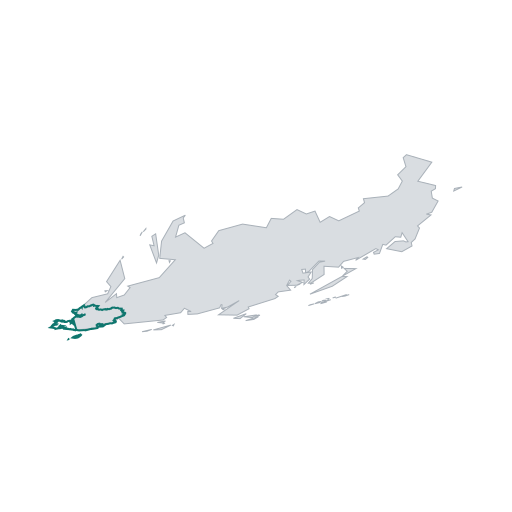 Chukchi Autonomous Okrug on a map of Russia (Natural Earth projection), rotated 166°
{"feature_id": "RUS-2321", "entity_name": "Chukchi Autonomous Okrug", "entity_type": "Autonomous Province", "adm_level": 1, "iso_a3": "RUS", "parent_name": "Russia", "parent_adm1": "", "projection": "natural_earth1", "projection_center": [175.436, 66.707], "detail": "fine", "context": "in_parent", "style": "outline", "palette": "teal", "viewbox_px": 512, "rotation_deg": 166, "n_neighbors": 0, "source": "natural_earth", "source_scale": "10m", "svg_char_len": 9682}
<svg xmlns="http://www.w3.org/2000/svg" viewBox="0 0 512 512"><g transform="rotate(166 256 256)"><path d="M328.0,310.0L314.7,312.7L317.4,310.5L317.5,305.5L323.4,304.5L329.5,293.8L319.3,295.7L304.5,276.1L294.7,278.6L295.5,281.3L286.0,289.6L261.3,290.2L239.1,280.9L232.1,288.8L220.4,285.0L205.0,291.1L197.0,284.6L187.9,285.3L185.6,273.2L175.1,276.5L167.2,270.1L144.9,274.6L145.1,277.9L137.8,281.5L137.9,285.6L113.4,282.2L101.8,286.7L95.9,293.3L98.9,300.5L88.9,306.4L89.4,315.8L85.5,317.9L62.7,304.5L80.9,289.4L64.7,280.9L65.6,277.9L70.3,276.5L70.9,269.5L66.0,265.3L74.9,255.9L80.6,255.4L76.3,253.5L92.0,246.1L90.6,243.6L97.6,234.0L102.1,231.6L102.2,228.0L113.5,224.9L127.5,231.5L117.6,236.4L109.2,235.0L107.2,233.4L105.0,233.1L108.6,243.3L111.0,239.2L116.2,241.0L127.2,235.1L130.2,236.6L135.6,228.6L140.9,229.2L141.1,231.1L135.8,232.4L137.9,234.2L160.4,227.7L157.3,229.8L172.3,229.6L178.6,225.2L192.5,229.6L194.4,221.6L209.4,216.4L211.8,217.0L206.9,220.5L204.4,229.2L195.9,234.6L190.2,234.3L196.2,235.9L208.7,228.1L212.0,227.7L211.2,231.3L214.9,231.9L214.6,228.0L206.3,227.1L210.6,223.1L209.6,220.6L216.4,216.7L215.1,221.1L220.2,222.0L221.8,222.0L217.2,219.2L223.6,217.8L232.5,219.8L228.2,223.0L229.3,224.5L233.4,219.9L230.7,214.5L243.1,215.8L246.4,213.8L244.2,211.5L247.9,210.1L275.9,208.4L275.5,206.5L288.7,203.2L306.6,208.0L283.1,216.8L296.1,213.3L302.0,213.6L300.8,216.6L300.9,217.1L301.7,217.2L303.8,214.5L326.9,214.0L336.2,215.8L335.6,218.7L332.4,217.8L338.1,222.6L342.9,219.2L358.8,220.4L357.6,218.0L361.7,216.4L400.3,222.0L404.4,229.0L410.1,225.6L426.6,228.2L426.6,224.4L448.2,227.7L448.6,239.5L445.1,240.9L441.2,239.4L435.7,240.7L444.4,241.6L446.7,247.9L441.6,246.5L425.3,255.3L409.1,255.2L404.2,261.4L407.2,267.3L388.9,284.7L388.8,265.8L413.6,247.4L400.5,253.2L401.2,249.3L393.3,250.0L385.8,255.8L387.7,257.8L355.1,258.4L335.2,271.9L350.0,277.0L344.0,293.3L328.0,310.0ZM212.9,205.9L177.7,215.3L172.7,214.0L189.3,208.2L212.9,205.9ZM354.2,273.3L356.4,292.5L352.4,290.6L352.3,300.3L348.0,301.8L350.2,280.3L354.2,273.3ZM162.2,219.6L177.0,215.6L171.2,219.1L173.4,222.6L162.2,219.6ZM355.3,209.6L365.6,207.4L373.5,209.1L355.3,209.6ZM274.7,197.2L282.5,200.0L269.5,198.7L274.7,197.2ZM273.5,195.0L281.7,195.8L268.2,196.6L273.5,195.0ZM286.6,199.1L293.0,201.0L279.4,202.4L286.6,199.1ZM374.9,210.0L380.0,209.4L384.9,210.1L374.9,210.0ZM39.3,273.1L48.4,271.2L47.1,273.5L39.3,273.1ZM183.0,196.2L188.9,195.8L177.3,196.7L183.0,196.2ZM363.0,213.7L367.8,215.4L359.6,214.9L363.0,213.7ZM152.8,227.1L148.5,228.4L147.9,227.6L150.7,226.2L152.8,227.1ZM194.0,195.5L199.5,195.1L201.3,195.6L194.0,195.5ZM210.4,195.5L206.8,196.4L203.8,196.1L205.5,195.4L210.4,195.5ZM214.9,195.6L211.0,195.5L217.2,195.2L214.9,195.6ZM175.9,223.4L175.6,225.6L174.1,224.0L175.9,223.4ZM271.9,197.7L268.0,198.2L266.5,197.5L271.9,197.7ZM198.5,194.3L205.0,194.1L201.9,194.7L198.5,194.3ZM448.0,221.9L445.1,221.5L448.0,220.3L448.0,221.9ZM179.2,195.6L182.6,195.9L174.9,196.0L179.2,195.6ZM210.2,215.6L206.3,215.9L210.4,215.5L210.2,215.6ZM300.9,211.8L301.7,213.0L299.3,212.3L300.9,211.8ZM424.2,225.2L421.7,225.7L420.5,225.2L424.2,225.2ZM201.2,196.7L198.8,196.3L203.0,196.6L201.2,196.7ZM203.0,194.8L203.9,195.5L201.0,195.0L203.0,194.8ZM363.6,303.6L362.7,305.0L360.4,307.0L363.6,303.6ZM196.4,196.6L197.5,197.3L195.1,197.2L196.4,196.6ZM223.6,217.6L220.4,218.2L219.9,218.1L223.6,217.6ZM411.0,258.8L408.9,258.4L410.9,257.7L411.0,258.8ZM363.0,212.6L361.6,213.5L361.1,212.8L363.0,212.6ZM341.5,270.7L341.5,272.5L340.3,272.0L341.5,270.7ZM387.2,285.4L385.1,287.8L384.7,287.1L387.2,285.4ZM191.8,196.8L189.1,197.0L188.5,196.8L191.8,196.8ZM226.6,215.9L225.3,216.8L224.9,216.5L226.6,215.9ZM353.9,208.9L352.1,209.5L353.1,208.2L353.9,208.9ZM356.3,308.8L359.5,306.8L356.2,309.3L356.3,308.8Z" fill="#d9dde1" stroke="#a8b0b8" stroke-width="1"/><path d="M408.3,225.7L411.4,225.6L412.0,225.4L413.8,226.0L415.7,225.9L418.4,226.2L420.5,225.4L421.1,225.6L420.8,225.8L421.5,226.1L421.3,226.6L421.5,227.0L424.0,227.5L424.1,228.1L424.5,228.3L426.2,228.2L426.8,228.4L426.4,228.1L426.8,227.9L427.1,228.2L427.0,227.9L427.6,227.5L427.8,227.6L428.1,227.6L427.8,227.5L427.5,227.2L427.5,226.8L427.2,226.5L426.9,225.9L425.8,225.9L426.0,225.7L426.8,225.4L426.7,224.9L426.8,224.5L426.5,224.4L431.7,224.8L432.8,225.3L432.7,225.4L433.4,225.2L432.7,225.1L432.9,224.9L434.4,225.2L438.4,225.1L438.0,225.2L439.1,225.4L439.4,225.3L438.6,225.1L439.4,225.1L439.7,225.3L440.8,225.7L445.4,226.5L446.1,226.7L445.2,226.6L446.5,226.9L448.1,227.7L447.2,227.3L447.5,227.6L448.2,227.7L448.6,239.5L448.1,239.6L447.4,240.2L445.2,240.9L445.7,240.7L443.0,240.5L442.4,240.2L442.7,240.1L442.5,239.9L441.4,239.4L439.9,239.5L440.4,239.7L441.4,239.5L442.2,240.2L441.6,240.4L440.6,240.1L440.2,240.3L439.2,239.8L438.5,240.3L436.9,240.4L436.2,240.6L435.5,240.6L436.2,240.7L437.0,240.4L438.5,240.4L439.3,239.9L440.1,240.6L439.5,240.8L439.4,240.9L439.4,241.1L440.2,240.6L440.9,241.0L441.5,240.6L442.7,240.4L442.4,241.1L442.6,241.5L443.5,242.0L444.3,242.1L444.1,242.0L444.6,241.7L444.4,241.4L445.3,242.6L445.1,242.5L444.8,242.7L445.1,242.8L444.8,242.8L445.4,242.9L445.4,242.7L445.7,243.9L445.4,243.7L445.7,244.0L444.8,243.9L444.6,244.1L445.6,244.1L445.7,244.4L445.4,244.6L445.6,244.6L446.0,244.5L445.7,244.2L445.8,244.0L446.4,244.8L446.0,244.6L445.9,244.8L447.3,245.4L447.4,245.6L447.0,245.9L447.6,246.2L447.9,246.8L447.3,247.3L446.7,247.5L446.8,247.9L446.6,248.1L444.1,247.3L442.3,247.1L442.3,246.6L442.7,246.4L442.0,246.7L441.5,246.2L441.7,246.6L441.4,246.9L441.7,247.1L442.2,247.1L440.8,247.3L439.8,248.0L437.5,248.7L437.4,248.4L437.2,248.9L436.2,249.2L436.3,249.1L435.8,249.0L436.1,249.3L435.5,249.5L435.5,249.0L435.1,248.7L434.6,248.7L434.6,248.4L434.4,248.1L434.6,247.9L434.5,247.6L434.0,247.6L433.6,247.3L431.7,247.7L431.6,247.9L429.7,247.5L428.3,248.0L427.6,247.8L426.8,248.2L425.4,248.1L424.7,247.2L424.9,246.9L424.3,246.9L422.7,245.9L422.2,246.0L421.1,245.6L422.9,244.2L423.6,244.1L423.9,243.8L423.8,243.3L423.3,243.1L423.3,242.9L422.1,242.7L422.0,242.2L421.3,241.8L419.5,241.7L418.4,240.8L417.3,241.1L415.9,240.9L415.1,241.0L415.0,240.9L414.7,240.4L414.0,240.4L413.7,240.1L413.2,240.2L413.1,240.6L412.8,240.6L412.6,240.4L411.2,239.9L410.5,240.1L409.6,239.9L409.2,240.2L408.7,240.3L408.6,240.6L407.7,240.7L407.3,240.5L405.6,240.2L405.3,239.7L404.4,239.3L402.6,239.2L401.6,238.1L399.0,237.4L399.1,237.0L399.8,236.0L398.0,235.3L398.9,234.4L399.3,234.3L399.2,233.7L397.1,232.8L396.9,232.6L397.2,232.3L396.8,232.0L396.9,231.7L397.4,231.4L398.3,231.4L397.8,231.0L398.3,230.4L398.7,230.3L401.8,230.0L402.0,229.8L404.7,229.7L405.6,229.4L407.9,229.7L408.2,229.6L408.4,229.1L408.7,228.8L408.5,228.3L409.1,228.1L408.4,227.7L408.4,227.4L409.0,227.1L408.1,226.5L408.2,226.3L408.0,226.1L408.3,225.7ZM448.2,227.7L449.2,228.0L449.3,227.8L449.8,228.2L450.9,228.4L451.7,228.9L451.2,228.6L451.2,229.0L452.8,229.4L453.0,229.6L452.7,229.9L453.5,229.6L452.0,229.0L454.0,229.8L453.4,229.9L453.7,230.1L454.4,229.9L454.8,230.1L454.6,230.0L455.0,230.2L456.2,230.6L455.8,230.5L455.7,230.7L456.3,231.0L457.1,230.9L456.3,230.6L457.7,231.1L457.3,231.2L457.4,231.5L456.8,231.6L457.1,231.7L458.3,231.9L457.5,231.5L458.0,231.2L459.3,231.7L459.2,231.8L459.6,232.1L459.4,232.0L459.5,232.3L459.1,232.6L459.6,232.6L460.0,232.4L459.7,232.2L460.4,232.5L460.5,232.7L460.3,232.8L460.2,233.5L460.7,233.9L460.8,234.4L460.1,234.6L461.4,235.0L461.5,235.2L461.4,235.4L461.6,235.6L461.4,235.8L462.1,235.4L462.0,235.2L462.4,235.2L462.6,235.6L462.4,235.7L462.5,236.0L463.0,235.7L462.7,235.6L463.2,235.5L463.2,235.3L461.8,234.9L462.6,234.6L462.3,233.7L460.9,233.4L463.1,233.3L463.6,233.4L463.6,233.5L463.7,233.4L464.5,233.5L464.0,233.5L464.3,233.6L464.0,233.7L464.0,234.2L464.5,234.1L464.2,233.9L464.5,233.7L464.6,233.8L465.2,234.0L466.2,233.8L464.6,233.6L467.6,233.8L467.8,233.8L467.7,234.0L467.9,234.1L468.5,234.3L468.5,234.6L470.9,235.7L470.4,235.9L471.2,235.8L471.6,236.1L471.1,236.1L472.0,236.1L472.7,236.4L470.5,237.1L470.8,237.2L470.6,237.4L470.9,237.6L470.7,237.8L470.0,237.8L468.5,237.2L469.1,237.7L469.7,237.9L469.6,238.3L469.1,238.1L467.3,238.2L468.0,238.2L466.7,238.0L466.9,237.9L466.6,237.8L466.6,237.7L465.3,237.6L466.4,237.9L466.6,238.3L466.4,238.3L466.5,238.4L467.1,238.2L467.0,238.9L465.8,238.9L467.0,239.0L466.9,239.4L467.3,239.5L466.7,239.8L465.7,240.2L465.2,240.1L464.8,240.4L465.6,240.3L465.8,240.5L465.1,240.7L465.6,240.8L465.3,241.0L465.6,240.9L466.5,241.0L467.1,241.5L466.2,241.6L465.5,241.2L465.2,241.3L465.8,241.4L465.7,241.8L465.4,241.7L465.5,241.9L465.0,242.0L464.4,241.9L464.6,241.4L464.2,240.9L464.4,241.2L464.3,241.5L463.8,241.7L462.9,241.5L462.8,241.1L462.0,240.8L462.1,240.7L461.3,240.5L461.4,240.2L461.2,240.0L461.1,240.3L460.7,240.3L460.5,240.1L460.5,240.4L459.5,240.4L459.4,240.3L459.6,240.2L458.4,239.7L458.6,239.6L458.5,239.4L458.6,239.2L458.3,238.9L458.2,238.5L457.9,238.3L455.6,237.8L454.6,238.3L452.2,238.2L452.2,237.5L451.7,237.5L450.9,236.5L451.6,236.6L451.6,236.3L452.0,236.2L451.9,235.8L452.0,235.5L451.7,235.6L451.3,236.1L450.9,236.2L450.5,235.9L450.6,235.7L450.4,235.4L450.4,235.8L449.8,235.6L450.3,236.1L450.2,236.2L449.5,236.3L449.2,236.1L448.9,236.8L449.1,237.2L450.2,237.8L450.3,238.1L449.7,238.5L449.7,239.0L449.4,239.3L448.6,239.5L448.2,227.7ZM448.0,220.3L450.0,220.1L451.6,220.3L453.7,221.2L452.7,221.7L449.2,222.1L448.0,221.9L448.0,220.3ZM448.0,221.9L447.3,222.2L446.1,222.2L445.3,222.4L444.9,221.7L445.6,221.2L448.0,220.3L448.0,221.9ZM424.3,225.2L424.2,225.4L423.9,225.5L423.7,225.9L422.9,226.0L420.4,225.2L421.6,224.7L424.3,225.2ZM466.4,240.2L467.4,240.4L466.1,240.7L466.4,240.2ZM425.4,225.5L426.1,225.4L425.7,225.7L425.4,225.5ZM466.4,240.8L465.9,240.8L465.9,240.7L466.4,240.8ZM457.8,220.7L457.7,220.8L457.3,220.7L457.8,220.7Z" fill="none" stroke="#0f766e" stroke-width="2"/></g></svg>